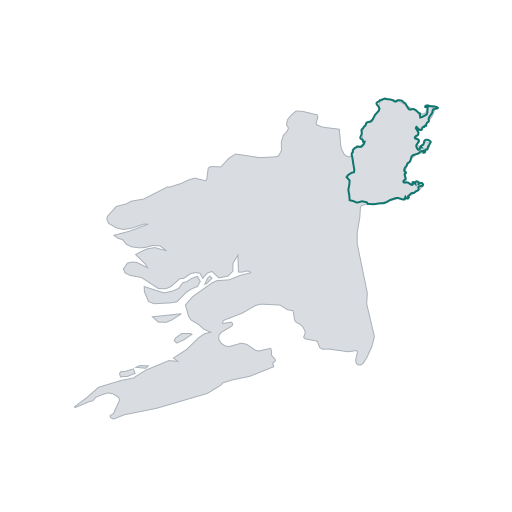 where Rangpur sits in Bangladesh, rotated 80°
{"feature_id": "BGD-5492", "entity_name": "Rangpur", "entity_type": "Division", "adm_level": 1, "iso_a3": "BGD", "parent_name": "Bangladesh", "parent_adm1": "", "projection": "natural_earth1", "projection_center": [88.983, 25.892], "detail": "fine", "context": "in_parent", "style": "outline", "palette": "teal", "viewbox_px": 512, "rotation_deg": 80, "n_neighbors": 0, "source": "natural_earth", "source_scale": "10m", "svg_char_len": 7531}
<svg xmlns="http://www.w3.org/2000/svg" viewBox="0 0 512 512"><g transform="rotate(80 256 256)"><path d="M180.4,369.4L180.4,356.7L172.7,331.6L173.1,328.8L171.5,316.7L169.6,310.0L168.6,302.9L173.2,292.6L171.4,291.0L161.2,287.8L160.0,285.2L162.2,275.1L154.9,265.5L152.0,258.4L159.8,235.3L161.8,219.3L161.2,216.2L156.4,212.6L148.0,211.2L142.0,208.2L138.6,203.6L135.6,201.8L132.0,203.2L127.3,201.4L123.4,196.9L120.2,191.4L121.5,185.4L127.6,171.3L129.9,170.9L135.2,173.6L137.2,173.6L140.7,168.0L145.6,152.0L162.6,153.4L166.7,152.9L171.0,151.6L173.3,149.6L174.6,147.1L174.1,144.8L168.9,141.8L166.9,139.6L165.4,133.2L163.9,130.8L153.6,130.5L148.3,127.5L145.4,124.9L140.2,116.2L133.7,109.8L127.6,108.3L125.2,106.2L123.9,102.9L124.7,98.1L127.8,88.9L144.8,69.0L145.2,66.8L144.5,64.3L139.6,61.1L139.2,59.5L140.7,55.4L143.5,54.8L149.3,58.6L155.2,64.7L158.8,70.2L158.9,74.5L163.5,75.4L167.4,77.3L171.4,76.7L173.9,77.8L175.7,77.4L176.3,74.9L173.0,68.7L174.6,66.1L178.5,66.2L181.3,68.5L183.3,73.3L183.7,80.8L188.3,87.6L194.3,92.4L199.0,94.6L204.7,96.2L209.5,94.6L211.9,89.9L210.8,85.7L211.6,81.9L213.5,79.9L216.6,80.0L218.8,83.0L225.5,99.1L224.1,106.3L225.6,125.9L224.0,138.9L225.0,143.8L226.2,144.7L236.1,147.1L250.6,152.3L261.6,154.2L311.6,152.8L322.5,155.3L355.9,153.4L365.0,157.5L374.9,164.2L380.5,169.2L381.5,172.1L380.9,174.5L379.1,175.9L375.7,175.9L367.8,172.6L366.5,173.6L366.4,181.4L360.2,200.8L359.3,206.9L357.1,209.2L350.5,210.5L346.2,221.8L344.4,223.2L340.0,220.7L337.3,221.1L334.0,222.2L330.6,224.8L328.3,228.0L325.6,229.1L316.3,229.0L314.5,234.2L308.4,241.1L304.3,259.3L304.6,264.9L309.9,279.5L313.6,298.4L315.0,300.3L316.7,300.5L316.8,291.8L318.5,290.7L320.7,291.7L325.1,303.4L327.6,306.3L331.5,307.2L335.9,305.4L339.2,302.0L340.5,298.3L339.3,285.6L341.4,280.4L348.9,272.7L350.0,270.3L349.5,257.6L352.3,257.1L356.2,258.1L361.1,255.1L362.5,255.0L364.6,258.3L368.1,257.7L373.4,283.0L373.9,300.8L375.2,310.7L377.1,313.0L382.9,327.8L388.7,380.1L389.5,413.3L391.8,424.6L390.0,427.1L388.1,427.6L386.4,423.7L374.0,415.2L371.0,416.1L366.8,421.0L365.1,425.5L365.9,431.9L367.3,438.2L370.2,441.8L370.5,445.8L373.9,460.7L372.9,460.8L366.1,447.2L357.9,433.8L355.1,409.9L354.9,398.1L349.2,384.1L343.9,359.9L346.1,351.3L342.2,355.1L336.0,340.5L326.3,326.3L323.5,320.0L323.3,313.8L319.2,320.0L313.6,324.3L307.9,330.9L304.1,332.8L292.0,334.0L284.9,325.3L274.8,303.9L273.5,299.1L274.8,286.6L272.3,274.7L271.6,264.2L269.8,265.1L269.2,268.0L269.5,272.4L268.8,276.1L252.0,273.7L259.2,280.0L266.9,281.4L270.9,287.0L271.2,296.3L263.6,302.0L264.3,306.7L268.7,312.4L263.4,314.0L262.0,317.8L261.9,323.2L265.6,331.4L265.0,334.6L271.4,345.3L272.6,350.5L271.1,357.8L257.3,372.5L253.4,383.0L250.0,387.9L245.8,388.8L240.6,383.8L240.5,378.7L241.5,374.7L248.7,364.9L244.8,366.3L233.7,374.3L231.5,367.8L230.1,361.7L230.1,354.3L235.4,343.2L229.4,348.7L227.7,355.7L228.4,363.8L227.7,369.6L225.3,377.1L222.0,381.6L216.8,384.5L214.5,389.0L210.9,392.3L209.7,377.1L205.9,356.6L205.1,361.0L207.0,373.7L206.9,381.9L204.1,388.5L198.3,395.5L193.8,396.5L191.2,395.4L182.9,384.9L182.2,374.9L180.4,369.4ZM282.2,369.7L271.9,372.1L266.7,371.4L276.4,352.9L276.1,344.7L274.5,338.0L269.5,332.6L269.3,328.7L267.0,323.5L265.8,317.3L271.3,315.3L275.8,318.9L277.4,325.8L279.7,331.1L287.4,341.9L287.3,348.5L285.3,364.7L282.2,369.7ZM304.2,363.6L297.9,368.6L299.9,339.5L304.5,350.3L305.7,356.1L304.2,363.6ZM328.0,349.1L325.3,351.2L322.7,349.4L319.4,342.5L321.0,333.9L322.0,332.7L326.0,341.5L328.0,349.1ZM351.5,410.5L347.9,410.8L346.2,408.7L347.0,405.8L345.9,396.4L350.5,395.4L352.2,403.3L351.5,410.5ZM347.4,384.1L344.8,393.5L343.7,389.3L345.5,381.1L347.4,384.1ZM274.0,308.3L275.0,311.4L269.3,307.5L267.8,304.7L270.3,303.2L274.0,308.3Z" fill="#d9dde1" stroke="#a8b0b8" stroke-width="1"/><path d="M224.7,134.4L224.2,136.3L224.1,137.0L223.2,137.2L222.3,137.7L222.0,138.3L221.8,138.8L220.5,142.2L221.0,146.1L220.7,147.8L219.8,149.2L219.1,150.1L218.6,151.1L217.3,154.1L212.8,153.6L207.0,153.6L201.5,151.6L197.9,150.7L194.0,153.1L192.2,151.1L190.7,147.6L190.5,144.9L188.1,144.2L181.7,144.2L176.0,144.0L173.1,144.2L171.7,144.0L170.7,142.9L170.4,142.5L169.2,142.5L168.6,142.3L168.2,141.9L166.8,140.0L166.5,139.3L166.5,138.6L166.3,138.0L165.7,137.5L165.7,137.1L166.7,134.6L166.6,133.1L166.0,132.1L165.3,131.4L164.6,130.5L164.1,130.0L162.3,129.2L162.3,130.5L161.8,130.8L161.2,130.7L160.7,130.7L160.2,130.7L159.6,131.3L159.1,132.0L158.6,132.5L157.9,132.8L156.7,132.4L154.8,131.1L153.6,130.5L151.1,130.4L149.9,130.1L149.4,129.5L148.9,128.5L147.3,127.2L146.7,125.7L144.5,124.5L143.7,123.7L143.5,119.3L141.9,117.4L137.7,114.3L134.2,109.8L132.3,108.8L129.6,109.6L128.7,110.2L127.5,110.8L126.4,110.8L125.7,110.0L125.3,108.6L125.0,108.0L124.1,106.9L124.1,106.3L124.2,105.6L123.8,104.6L123.3,101.5L123.5,101.1L123.8,100.9L124.1,100.4L125.2,96.4L126.4,94.1L127.8,92.8L128.2,91.5L128.1,90.7L127.8,90.3L127.5,90.1L127.3,89.7L127.2,89.0L127.3,88.7L127.4,88.3L128.1,86.0L128.6,85.1L130.5,83.8L131.0,83.3L131.4,82.8L131.8,82.4L132.4,82.1L133.6,81.8L137.0,80.5L138.1,79.8L138.6,78.8L138.5,76.2L138.7,75.2L139.6,73.9L140.4,73.0L143.2,71.1L143.6,70.5L143.9,69.9L144.2,69.6L144.8,70.0L145.2,70.2L145.8,70.2L146.4,70.1L146.8,70.0L148.1,70.2L148.0,68.4L146.8,64.7L146.0,63.1L144.4,62.3L141.1,61.6L139.7,61.0L139.3,61.0L139.1,61.5L138.9,63.1L138.6,63.5L137.9,63.3L137.4,62.3L137.4,61.2L137.7,60.2L138.5,58.8L139.7,54.3L140.1,53.3L140.8,52.0L141.6,51.2L142.1,51.6L142.2,52.9L142.1,54.4L142.3,55.8L143.1,56.7L145.1,57.4L146.0,57.9L146.8,58.8L147.5,59.5L148.2,60.2L148.6,60.7L149.8,61.6L151.1,62.2L151.6,62.3L152.9,62.3L153.6,62.6L153.9,63.3L154.3,64.1L154.7,64.7L155.4,65.2L156.0,65.5L157.3,65.8L157.1,66.4L157.0,67.0L157.1,67.5L157.6,67.7L158.1,67.9L158.0,69.1L158.3,69.7L159.7,70.4L160.5,71.1L160.6,71.9L160.1,73.3L159.3,73.9L157.2,75.1L156.7,75.6L157.8,76.4L162.7,74.5L164.8,75.3L165.3,76.4L165.6,77.6L166.2,78.6L167.2,79.1L168.1,78.7L169.0,76.4L170.2,75.5L171.7,75.8L174.3,78.6L176.0,79.2L178.5,78.5L179.7,77.6L179.4,76.3L178.8,76.1L178.1,76.1L177.7,75.6L177.9,74.1L177.3,74.5L176.8,74.7L176.3,74.5L176.0,73.9L175.4,71.9L174.0,71.1L172.3,70.5L171.1,69.1L171.1,67.9L171.5,66.6L172.3,65.4L173.0,64.6L174.0,64.1L174.5,64.3L175.0,64.9L176.0,65.6L176.6,66.0L177.5,67.1L178.0,67.6L178.7,67.9L180.0,68.2L180.5,68.7L180.7,69.5L180.6,70.1L180.6,70.6L181.6,71.1L183.0,71.5L183.4,72.0L183.4,73.0L182.9,73.3L182.1,72.8L181.4,72.9L181.5,74.8L181.8,76.0L183.0,78.1L183.4,79.2L183.9,83.5L184.4,84.7L185.1,85.6L189.0,87.4L189.8,88.1L190.4,88.9L190.8,90.3L191.3,90.9L193.3,92.0L194.7,93.7L195.8,94.5L197.0,95.1L197.9,95.2L198.9,94.6L199.6,93.9L200.3,93.9L201.1,95.4L201.4,95.5L201.7,95.5L202.0,95.5L202.3,95.4L205.5,95.1L205.8,95.1L206.1,95.2L206.3,95.4L207.2,96.9L207.7,97.7L208.3,98.0L209.0,97.8L209.5,97.2L209.6,96.3L209.6,95.4L210.1,93.5L212.6,91.1L213.1,89.9L212.7,89.1L211.9,89.0L211.1,89.2L210.5,88.9L210.5,88.1L211.1,87.5L212.0,87.0L212.7,86.5L211.6,86.4L210.6,85.9L210.3,85.0L210.9,83.7L211.3,83.3L211.7,83.1L212.1,83.1L213.3,83.5L213.3,83.1L212.9,82.3L212.8,80.2L213.2,79.6L214.5,79.1L215.5,79.4L215.8,80.4L215.8,81.9L215.8,83.4L215.7,83.7L215.8,83.8L216.5,84.2L217.0,84.3L218.1,84.1L218.6,84.2L219.3,84.8L219.7,85.8L219.9,87.0L220.4,87.9L221.2,89.1L221.3,90.0L221.1,90.9L221.2,92.1L221.5,92.7L222.7,94.4L223.2,95.4L223.5,95.9L223.9,96.0L224.2,95.8L224.6,95.4L224.8,95.3L225.0,95.4L225.8,96.5L225.6,97.4L224.8,98.2L223.7,98.6L224.8,99.3L225.7,99.4L226.1,99.8L225.9,101.5L223.4,106.3L223.2,108.1L224.2,114.4L225.6,117.9L226.2,120.7L225.6,125.6L225.5,130.9L224.7,134.4Z" fill="none" stroke="#0f766e" stroke-width="2"/></g></svg>